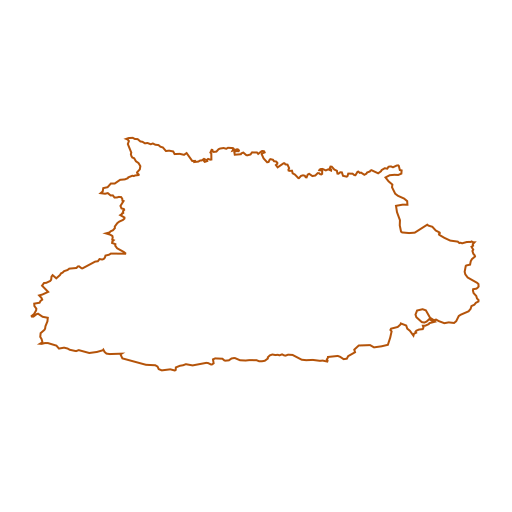 Anjozorobe, Analamanga, Madagascar (Equal Earth projection), rotated 91°
{"feature_id": "10022922B1306198900476", "entity_name": "Anjozorobe", "entity_type": "district", "adm_level": 2, "iso_a3": "MDG", "parent_name": "Madagascar", "parent_adm1": "Analamanga", "projection": "equal_earth", "projection_center": [47.714, -18.198], "detail": "fine", "context": "isolated", "style": "outline", "palette": "amber", "viewbox_px": 512, "rotation_deg": 91, "n_neighbors": 0, "source": "geoboundaries", "source_scale": "gbopen_adm2", "svg_char_len": 6079}
<svg xmlns="http://www.w3.org/2000/svg" viewBox="0 0 512 512"><g transform="rotate(91 256 256)"><path d="M217.5,392.4L219.8,388.2L220.9,388.2L222.3,389.7L224.0,393.3L225.5,395.2L229.0,397.7L230.6,397.6L232.8,399.5L233.8,401.7L235.0,402.9L236.0,406.4L237.2,402.2L238.4,400.0L239.8,399.6L242.1,400.0L242.7,398.6L244.0,399.9L245.5,400.1L246.6,396.8L248.2,396.9L250.7,395.0L254.3,388.2L255.5,386.7L256.0,386.8L256.1,401.1L257.3,403.0L258.2,406.5L260.3,407.1L261.7,408.3L262.2,409.8L261.8,412.4L264.0,414.0L264.4,416.7L271.4,429.3L271.3,430.2L269.4,432.8L269.6,434.0L271.1,435.3L271.9,442.5L273.3,444.2L274.5,447.6L276.1,449.2L276.7,450.6L278.5,451.7L281.8,455.3L278.7,459.0L280.2,460.1L283.3,460.4L284.6,461.4L286.5,465.3L286.7,467.5L289.4,469.4L295.5,463.2L298.2,468.8L299.2,472.1L301.6,469.8L303.4,469.0L304.6,470.6L306.5,471.6L307.5,476.9L309.9,476.7L312.5,474.7L314.2,474.9L317.9,476.9L319.9,479.3L320.5,479.0L320.5,477.5L318.0,474.4L317.5,472.9L320.5,468.3L321.4,463.1L325.0,463.4L329.9,465.3L332.3,465.6L333.6,466.3L336.9,470.0L340.6,470.3L342.9,468.9L346.0,468.0L347.5,470.4L347.6,468.8L346.7,465.4L346.7,462.5L349.1,454.0L352.0,451.4L351.0,446.3L351.8,442.8L353.0,440.6L354.1,435.1L354.2,434.1L353.2,431.6L355.9,421.0L354.7,413.3L352.9,407.4L352.3,407.0L354.6,405.7L356.2,403.8L356.6,400.6L356.0,388.7L356.7,389.8L360.7,387.8L366.7,364.1L367.0,354.8L368.3,352.5L370.8,351.3L372.0,348.2L370.8,339.7L371.9,335.2L371.3,334.3L368.8,334.2L367.1,330.2L366.5,327.0L365.4,324.2L366.5,317.5L363.7,303.8L363.9,302.0L365.3,299.0L365.1,297.9L364.0,296.5L360.1,297.2L359.1,295.0L359.3,287.8L360.9,285.9L361.2,284.9L360.8,281.3L358.9,278.7L358.4,276.1L358.5,275.1L360.5,270.2L360.7,264.6L360.2,260.7L360.2,253.6L361.2,251.0L361.1,247.9L360.6,245.4L358.3,242.4L357.1,242.4L355.1,240.4L354.2,237.9L354.7,234.9L354.4,232.5L354.9,230.8L353.9,228.2L354.9,226.1L355.1,224.7L354.1,222.2L354.3,217.7L358.9,208.5L359.3,204.0L358.9,197.4L359.7,190.2L359.4,187.5L360.3,182.9L359.4,182.6L358.2,183.4L356.7,182.4L355.7,182.3L354.5,172.5L355.3,170.2L357.6,166.6L357.1,163.4L354.5,162.1L350.5,155.3L347.9,156.1L343.7,151.7L343.1,140.4L345.3,136.4L344.1,128.9L342.5,122.6L335.3,120.4L329.0,119.1L327.6,120.3L326.3,119.7L324.5,113.1L321.9,110.3L320.9,110.0L322.9,104.6L326.0,103.5L328.1,100.8L332.9,97.2L331.0,96.7L329.9,94.6L329.0,95.2L327.9,94.4L326.7,91.8L326.2,88.0L324.6,87.3L322.8,87.9L322.8,85.7L321.1,82.1L320.1,81.4L318.7,76.4L316.2,81.8L318.6,84.3L319.6,86.5L319.2,89.1L314.4,94.6L311.8,95.5L307.7,94.0L306.3,88.5L307.4,85.2L314.7,80.9L317.7,76.0L316.7,75.8L316.4,74.9L317.9,72.1L319.9,66.5L319.0,62.2L319.5,56.8L317.7,54.7L312.4,52.2L311.1,50.2L307.6,42.5L305.1,40.5L302.3,39.7L300.9,36.8L299.0,35.4L297.6,32.8L296.2,32.7L294.6,34.3L292.1,35.1L289.3,37.8L286.8,38.5L285.4,38.3L284.8,35.0L283.8,33.8L282.7,32.9L280.2,33.1L279.0,34.4L273.8,44.0L270.7,46.4L268.1,47.1L262.3,46.1L261.8,45.6L260.9,41.8L257.5,41.2L255.4,40.1L252.7,37.0L251.6,37.3L249.9,38.8L247.2,39.7L245.9,38.9L243.0,40.7L241.9,39.1L240.4,39.5L238.5,37.8L238.5,39.1L237.7,40.7L238.2,41.5L238.3,45.4L239.7,50.1L239.2,51.7L239.5,52.9L238.1,54.5L237.2,62.1L234.5,68.1L231.6,73.2L230.9,73.5L229.8,72.6L229.3,72.9L227.4,76.7L223.7,80.2L222.6,84.2L221.7,85.3L229.9,97.7L230.4,103.3L229.9,110.3L229.1,111.4L222.9,112.8L217.7,112.7L209.7,115.8L203.4,116.9L202.1,110.3L202.1,105.5L198.5,105.8L196.0,108.9L193.3,115.2L191.3,117.9L184.9,121.2L182.2,120.9L179.0,124.8L175.2,127.9L172.9,123.7L172.4,119.0L172.5,115.2L171.1,112.1L167.9,111.9L167.5,113.7L163.4,114.8L162.9,115.4L163.1,116.9L164.9,120.6L164.1,122.6L164.3,124.4L164.5,125.1L166.4,126.3L166.0,128.8L167.9,131.9L169.1,132.5L171.2,135.3L168.2,142.0L168.6,143.0L169.5,143.6L170.6,146.4L171.8,147.1L172.9,149.1L170.8,152.4L171.1,153.7L169.8,155.2L170.1,156.0L173.5,158.0L173.4,159.1L172.0,160.9L172.0,165.2L174.5,165.9L175.1,166.7L174.3,170.4L170.9,171.6L170.8,173.2L172.3,175.0L172.2,176.0L169.4,176.6L168.2,179.2L165.4,181.8L165.3,183.1L166.8,183.7L168.5,182.3L169.3,182.4L168.1,185.3L169.2,187.7L167.8,191.0L167.9,192.7L168.5,193.9L169.1,194.2L169.3,192.0L169.9,191.3L172.7,191.3L173.3,192.1L173.1,193.2L172.1,194.4L172.1,195.8L174.5,198.1L175.1,201.0L172.9,204.3L173.7,205.7L176.5,206.8L176.4,207.7L174.9,208.6L174.5,210.4L175.1,212.4L177.4,214.4L177.4,215.0L173.9,218.5L172.7,220.8L170.1,221.5L170.3,223.8L170.0,224.9L169.1,225.1L167.6,224.4L164.1,226.1L163.9,228.2L162.8,229.1L162.8,230.0L167.0,235.9L164.7,237.7L163.4,236.3L162.4,236.3L161.2,237.5L160.9,239.7L159.5,240.7L158.9,243.2L159.3,243.9L161.8,245.1L162.1,246.5L158.3,250.1L154.1,252.1L153.4,251.8L152.3,249.2L151.2,249.7L150.9,251.1L151.1,252.2L153.9,255.6L152.5,256.8L152.5,261.8L154.6,263.3L155.5,266.5L155.3,267.5L152.8,270.5L153.6,272.4L154.5,272.9L155.1,279.0L152.6,279.5L152.0,279.0L151.5,277.5L151.5,275.2L150.7,274.9L149.7,276.0L149.6,276.8L151.1,281.3L149.0,280.3L148.5,281.0L148.3,285.9L149.3,287.6L148.6,290.3L149.2,293.8L149.9,295.3L152.3,297.4L152.7,300.2L152.4,300.9L150.7,301.5L150.6,302.2L153.4,303.4L154.1,302.5L160.3,302.3L160.5,303.4L159.8,305.6L160.8,306.8L161.9,306.4L162.8,308.9L162.0,309.6L160.3,308.7L159.8,309.7L161.4,311.9L161.5,313.5L162.6,315.3L163.1,319.2L162.0,318.9L162.1,321.4L154.3,327.2L156.1,329.7L155.2,334.0L155.5,339.2L152.9,340.6L152.2,344.7L152.6,347.9L149.1,351.0L148.4,353.5L146.8,355.4L146.5,358.6L145.3,361.1L146.1,363.2L144.9,366.5L145.3,369.0L143.8,371.5L143.5,373.6L141.2,376.4L141.1,379.2L140.0,381.3L140.3,385.4L141.2,387.8L141.8,386.3L143.3,385.1L146.3,386.1L154.8,382.5L156.4,382.9L158.3,382.3L159.7,381.4L160.4,379.5L163.4,377.7L165.1,375.1L168.2,373.2L171.4,373.7L174.5,376.4L175.2,376.2L176.6,374.7L177.1,374.8L177.6,378.3L178.2,379.6L177.9,381.0L179.6,385.1L180.5,385.6L181.7,388.5L182.2,393.2L186.0,398.5L186.1,402.4L189.8,405.6L190.8,409.9L194.1,410.4L195.9,412.4L196.4,408.0L195.7,405.3L198.0,402.4L197.9,400.2L200.0,398.5L199.9,396.0L199.3,394.2L199.5,391.8L201.2,390.7L203.0,390.5L203.4,389.4L208.3,392.4L210.8,391.3L211.3,389.0L212.2,388.6L213.4,389.7L215.3,389.5L215.8,390.7L216.4,390.8L217.5,392.4Z" fill="none" stroke="#b45309" stroke-width="2"/></g></svg>